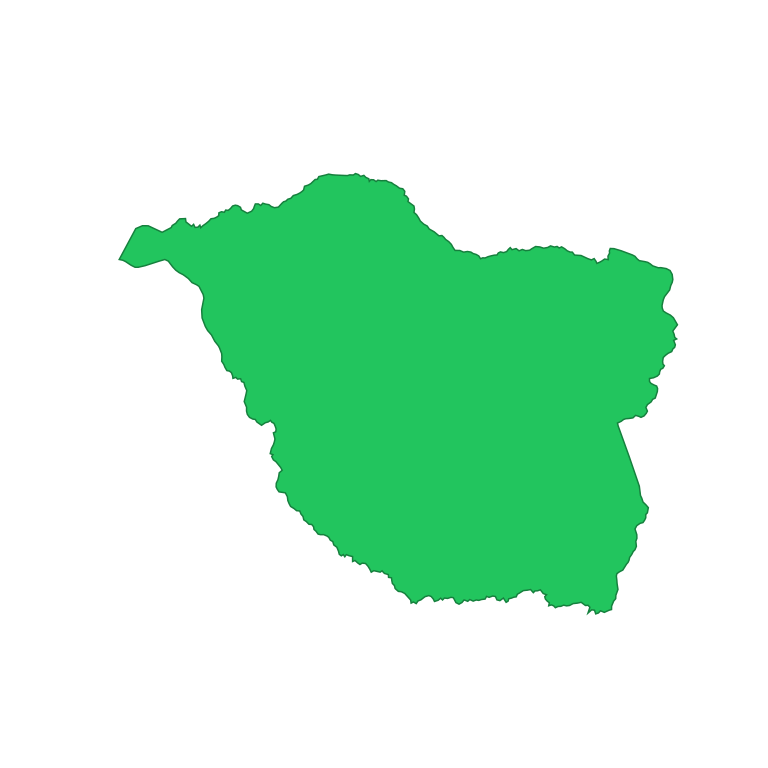 the district of Vera, Mato Grosso, Brazil, rotated 108°
{"feature_id": "56859067B46133140187933", "entity_name": "Vera", "entity_type": "district", "adm_level": 2, "iso_a3": "BRA", "parent_name": "Brazil", "parent_adm1": "Mato Grosso", "projection": "orthographic", "projection_center": [-55.349, -12.485], "detail": "fine", "context": "isolated", "style": "filled", "palette": "green", "viewbox_px": 768, "rotation_deg": 108, "n_neighbors": 0, "source": "geoboundaries", "source_scale": "gbopen_adm2", "svg_char_len": 6143}
<svg xmlns="http://www.w3.org/2000/svg" viewBox="0 0 768 768"><g transform="rotate(108 384 384)"><path d="M538.6,141.9L537.3,139.1L534.4,136.3L532.6,132.3L530.7,129.0L532.4,124.0L531.4,121.5L532.7,119.2L538.8,119.2L534.6,116.7L534.1,113.9L537.2,111.6L535.5,109.3L532.8,108.0L533.1,103.9L529.5,99.9L528.2,97.9L524.9,98.9L519.5,98.5L516.6,97.3L513.3,98.2L507.1,98.0L501.7,100.7L498.5,102.0L494.8,103.7L492.4,103.9L489.8,102.0L487.2,99.4L480.4,97.7L478.3,96.8L475.9,96.5L473.1,96.8L469.5,95.7L466.3,95.2L464.1,94.1L460.4,93.8L455.8,95.9L452.6,95.8L449.2,97.0L444.3,100.5L440.5,99.8L437.3,97.3L435.8,94.9L433.2,94.1L430.4,93.7L427.2,94.7L425.1,93.7L419.9,94.4L417.9,97.7L416.2,101.2L412.9,103.6L410.8,105.6L402.3,109.6L377.4,128.3L351.6,148.3L349.0,149.9L346.3,147.0L343.6,145.1L342.3,143.3L341.1,140.4L339.3,136.8L336.1,135.0L336.0,131.6L336.3,129.3L334.0,126.8L330.8,125.5L328.4,125.1L325.4,127.7L322.2,127.1L318.4,124.4L315.6,123.8L313.6,121.7L306.7,121.7L303.8,122.4L301.7,124.1L301.5,126.9L300.9,130.3L299.5,132.3L296.7,133.2L294.8,129.6L292.0,126.5L289.4,125.2L287.2,125.6L284.5,125.4L282.9,123.7L280.0,123.0L278.8,124.9L276.4,126.0L272.5,126.6L269.8,125.2L266.9,123.2L264.3,120.4L261.4,120.1L259.4,118.9L256.7,119.0L253.0,122.0L250.7,119.6L249.9,121.8L247.0,123.5L244.4,125.7L237.0,123.2L231.6,129.2L230.0,132.9L229.2,137.7L228.3,140.9L225.7,142.9L223.5,143.8L217.7,144.4L214.3,144.2L206.3,141.4L201.9,141.7L198.3,141.3L195.4,141.6L190.7,143.8L187.7,147.0L187.0,151.2L187.8,156.7L188.7,159.0L188.6,165.0L187.5,167.9L186.8,170.7L187.0,173.6L187.8,179.3L186.9,181.7L185.0,184.8L184.5,187.7L184.0,199.6L184.2,207.1L185.2,210.7L187.8,210.8L189.8,209.9L193.2,210.5L196.4,209.2L197.0,212.8L199.8,214.9L201.5,216.5L203.5,218.8L201.8,220.3L199.8,222.9L201.9,225.1L201.8,228.9L200.9,236.3L202.5,242.6L200.4,245.6L201.0,247.8L200.7,250.9L199.5,253.9L198.7,257.5L200.5,259.4L199.7,261.9L201.1,264.2L201.2,268.3L203.5,270.4L205.5,274.1L205.5,278.1L206.4,282.3L209.5,285.1L211.8,286.9L213.4,290.5L213.3,294.0L215.6,296.7L214.4,300.2L216.7,303.8L215.3,306.1L217.5,307.3L220.2,308.3L222.1,310.9L222.4,314.1L224.1,315.8L226.4,316.4L227.4,319.0L229.0,321.7L230.7,324.3L232.9,326.8L233.5,329.1L235.0,330.9L232.9,333.5L232.3,336.4L232.4,339.5L231.7,342.1L232.2,345.6L234.0,349.0L233.6,353.2L235.0,357.7L232.7,360.7L230.4,363.1L228.6,366.4L227.5,370.0L225.9,372.5L224.9,374.8L226.1,377.5L223.8,383.2L222.6,388.9L220.4,391.7L219.7,395.6L217.8,399.8L215.4,402.3L212.9,405.4L211.6,408.5L208.2,409.1L205.5,410.5L203.1,417.6L200.4,417.9L198.4,420.7L198.3,423.0L194.3,423.8L192.5,426.5L193.0,429.7L191.7,433.5L191.1,436.5L190.2,439.1L190.5,442.2L189.9,444.9L191.6,449.6L192.1,452.9L193.9,454.1L193.0,457.0L193.7,459.6L195.8,460.6L193.5,461.9L193.1,465.2L191.8,467.6L193.8,470.4L192.7,473.2L192.7,476.2L194.7,477.7L195.7,481.2L197.1,483.2L200.2,494.4L201.0,497.7L201.5,501.5L203.2,504.0L206.9,510.1L209.9,510.6L210.8,512.7L216.0,515.5L218.2,517.5L220.5,520.7L224.3,520.4L226.3,521.5L228.4,523.1L230.6,525.3L232.8,528.5L236.2,530.0L238.0,532.6L240.4,533.9L241.7,535.8L243.6,536.9L248.4,539.1L250.2,542.7L250.0,546.2L249.0,548.9L249.5,552.2L249.5,555.1L252.3,556.4L251.6,559.1L252.5,562.0L255.0,562.2L257.5,562.2L260.6,563.3L263.8,566.8L262.5,573.5L260.3,575.1L259.6,578.3L259.9,580.7L261.5,583.0L264.5,584.2L267.0,585.8L267.5,588.3L270.0,588.9L270.4,591.8L272.2,593.9L275.0,593.2L277.0,594.7L278.9,596.7L280.3,599.6L283.4,601.0L286.7,603.1L289.3,605.1L292.0,606.6L289.8,608.2L292.4,609.5L293.5,612.1L291.0,614.4L293.5,615.8L291.0,622.5L288.0,623.9L290.1,629.4L293.0,630.8L295.5,631.7L298.7,634.4L301.0,634.7L308.3,641.9L306.4,657.1L308.1,662.6L312.9,668.1L347.4,674.3L347.0,670.6L347.4,667.7L349.2,661.3L349.9,656.8L348.9,653.8L345.3,647.8L336.7,635.9L333.3,630.9L333.8,627.1L337.9,621.2L340.1,617.2L341.4,613.2L342.1,608.8L344.1,602.7L346.9,597.9L347.5,593.0L348.3,590.1L354.8,583.6L358.0,581.8L369.6,580.4L377.4,577.4L384.5,571.7L387.7,568.2L390.7,563.2L395.6,558.2L398.8,553.4L400.4,551.7L405.2,547.8L408.2,546.6L412.5,545.4L414.9,542.4L417.3,540.4L419.8,537.6L419.5,535.0L420.3,532.7L423.0,530.5L425.3,529.4L423.5,526.9L424.6,524.8L423.3,522.0L425.7,520.2L425.8,517.7L429.1,515.6L432.6,512.5L436.0,512.1L443.9,511.5L448.6,507.5L452.2,506.4L455.1,504.6L457.3,501.6L457.9,498.0L457.5,495.4L459.4,493.2L461.1,487.7L457.5,484.9L455.8,482.3L453.7,480.8L455.1,478.7L455.4,476.5L457.8,474.4L460.1,472.7L462.9,472.2L464.6,474.1L470.0,470.7L473.1,470.4L476.0,470.4L480.1,471.1L485.4,470.7L485.5,467.8L487.7,468.4L490.3,465.8L491.3,462.7L495.3,456.5L497.5,454.2L500.8,456.2L504.4,455.6L507.8,455.3L511.6,455.8L515.2,454.8L517.1,453.0L519.0,450.5L518.0,444.2L521.0,441.1L524.6,439.4L527.1,437.3L529.3,435.0L530.3,430.9L531.5,428.0L530.8,424.9L533.4,422.7L535.0,420.1L538.0,418.3L538.8,415.4L540.6,412.0L539.9,409.4L541.5,406.9L544.0,405.6L544.9,403.4L547.1,400.3L546.9,397.8L545.9,394.8L546.2,391.2L546.9,389.1L549.1,386.8L549.7,384.0L552.6,382.0L553.8,378.4L557.1,375.6L559.8,373.9L560.6,371.5L558.8,370.0L560.4,367.9L557.9,367.1L558.1,364.2L557.8,360.6L562.5,359.0L560.8,357.0L562.3,353.7L563.1,351.1L561.1,349.4L560.4,346.1L562.2,343.0L564.6,340.2L566.9,338.0L564.7,336.0L564.1,329.5L562.3,328.1L564.0,325.1L563.9,321.0L566.5,319.9L566.0,317.0L568.6,315.8L571.1,314.4L572.5,311.8L575.1,310.2L576.8,306.3L576.2,303.3L576.8,299.5L581.2,291.9L584.0,290.5L582.2,288.6L582.9,285.5L579.8,284.6L577.9,282.2L573.6,279.3L571.4,276.0L571.5,273.5L573.2,270.7L575.2,268.8L573.0,265.7L570.2,263.9L571.3,261.6L568.9,260.4L568.3,257.3L566.2,254.4L565.8,252.0L569.7,248.0L570.2,244.6L567.7,242.3L564.6,241.1L564.8,237.2L562.5,235.8L562.9,232.1L560.9,229.5L560.5,227.0L558.8,224.6L557.3,221.4L554.3,220.8L554.4,218.1L552.0,215.0L551.7,212.3L554.4,209.9L554.2,206.8L550.7,204.3L553.9,200.4L552.2,198.9L549.7,199.0L548.3,196.7L546.6,194.6L545.6,192.5L542.7,192.2L541.1,190.7L537.4,187.6L535.7,183.8L534.2,181.1L536.3,177.5L534.1,176.4L533.2,174.0L531.4,171.7L534.1,167.8L534.2,164.3L536.6,165.4L538.6,164.1L540.1,161.6L540.9,159.2L544.0,158.8L542.4,156.7L542.5,154.2L543.8,151.9L541.8,149.7L540.8,147.1L538.8,144.8L538.6,141.9Z" fill="#22c55e" stroke="#15803d" stroke-width="1.5"/></g></svg>